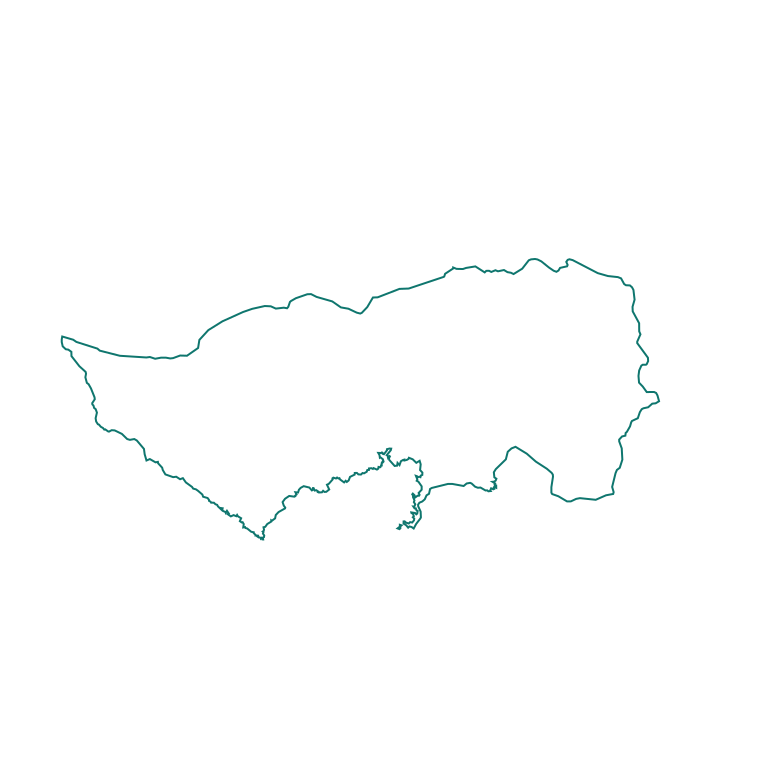 Luwu Timur, Sulawesi Selatan, Indonesia, rotated 326°
{"feature_id": "22746128B1110744719374", "entity_name": "Luwu Timur", "entity_type": "district", "adm_level": 2, "iso_a3": "IDN", "parent_name": "Indonesia", "parent_adm1": "Sulawesi Selatan", "projection": "natural_earth1", "projection_center": [121.051, -2.532], "detail": "fine", "context": "isolated", "style": "outline", "palette": "teal", "viewbox_px": 768, "rotation_deg": 326, "n_neighbors": 0, "source": "geoboundaries", "source_scale": "gbopen_adm2", "svg_char_len": 6167}
<svg xmlns="http://www.w3.org/2000/svg" viewBox="0 0 768 768"><g transform="rotate(326 384 384)"><path d="M473.3,585.8L479.1,586.7L482.6,588.2L494.8,598.4L505.8,600.4L512.5,603.3L513.9,602.1L515.6,596.9L526.1,587.4L529.0,585.5L532.6,585.3L539.3,580.0L545.1,570.3L546.9,563.1L547.9,561.6L552.0,560.6L555.2,561.8L557.0,559.7L558.6,559.5L564.3,556.7L567.5,554.0L569.0,553.3L575.3,554.3L580.4,550.4L583.6,549.0L585.5,549.2L590.0,551.0L595.4,550.3L598.4,551.9L602.4,552.1L604.3,546.5L604.6,543.6L603.4,541.6L597.3,537.6L597.1,530.8L596.2,525.5L599.5,519.6L603.1,515.5L607.6,512.7L609.3,512.7L611.9,514.5L612.8,514.5L615.8,512.7L617.5,509.8L616.8,491.7L617.6,490.5L624.4,486.2L625.0,483.1L629.5,476.3L630.8,462.9L633.2,459.0L638.9,454.2L643.4,445.5L643.7,442.5L643.0,439.8L639.8,437.4L639.0,435.4L639.6,429.0L637.7,426.2L630.0,419.7L623.2,411.6L609.7,386.8L607.5,384.3L605.7,383.8L603.4,384.7L602.8,388.0L601.6,388.8L594.9,386.2L592.1,387.5L589.7,387.4L588.0,385.0L585.9,379.7L583.0,370.3L580.9,366.6L579.1,364.8L575.6,362.9L573.2,362.4L563.1,365.7L552.9,365.3L551.4,362.7L548.9,360.3L547.2,356.6L541.5,354.3L540.0,352.0L535.6,351.1L534.4,348.9L532.1,347.4L529.9,347.8L525.5,337.6L517.0,333.7L513.7,332.8L508.5,329.1L506.5,326.1L505.9,326.9L496.3,326.8L494.0,328.6L493.1,328.5L457.9,318.7L450.0,313.8L427.2,308.6L423.2,306.1L413.1,310.9L405.4,312.6L403.7,312.3L401.3,309.6L396.6,301.7L391.1,296.4L387.3,286.6L376.8,274.1L373.8,268.7L370.6,266.7L358.9,263.6L353.3,263.2L351.9,263.4L347.8,266.5L346.0,267.0L343.6,264.7L336.5,261.0L333.6,256.3L328.8,252.7L316.8,248.0L307.4,245.5L285.2,241.7L268.5,241.1L255.6,244.2L250.0,250.2L236.5,250.4L230.9,246.4L223.6,244.6L221.1,243.3L217.9,240.2L213.9,237.5L208.4,235.1L205.0,230.7L201.8,229.1L180.8,212.9L167.0,197.4L166.2,194.4L152.5,177.1L151.1,173.5L143.8,164.7L141.8,166.8L140.3,169.0L138.7,173.1L139.6,177.2L141.5,179.0L142.8,182.5L140.5,186.1L141.4,199.0L143.4,207.1L142.7,208.9L140.2,211.4L138.3,216.9L139.0,219.0L138.6,223.8L136.6,233.1L135.7,234.9L131.4,236.7L130.8,237.9L131.1,239.4L130.3,241.7L130.9,243.6L130.0,247.2L125.8,251.1L124.4,254.1L124.3,257.3L125.0,258.3L125.3,261.1L126.4,263.3L126.6,265.4L127.5,265.7L128.8,269.1L129.4,269.7L132.4,270.0L134.8,271.9L138.8,278.8L140.3,286.0L142.1,288.2L146.2,290.0L147.5,292.6L148.7,303.6L146.3,308.4L144.3,314.6L147.9,315.3L150.8,321.2L153.0,322.1L152.4,323.4L153.3,329.3L152.5,331.6L152.2,336.7L157.1,343.3L159.9,344.7L161.7,348.9L164.6,349.6L164.7,354.8L167.3,362.0L167.3,364.0L169.2,366.2L170.1,368.6L171.6,374.1L171.0,376.3L174.0,379.9L174.1,382.2L173.6,383.0L174.4,384.6L174.3,385.7L176.6,387.3L177.0,389.4L178.1,390.9L177.9,392.6L178.8,396.6L179.4,395.6L180.7,396.8L179.8,397.5L179.5,399.2L181.0,401.5L180.8,402.2L182.9,401.3L182.9,404.6L181.6,404.4L183.0,408.1L186.0,408.6L187.6,411.0L189.0,410.4L188.9,412.0L190.5,415.4L187.8,417.1L188.6,419.2L189.5,419.5L189.4,421.7L187.1,424.2L188.8,424.9L188.6,425.9L189.8,427.3L191.3,432.3L193.1,434.1L192.6,434.8L193.2,437.6L192.9,437.8L194.8,439.3L194.7,439.8L193.7,439.5L194.3,441.1L195.9,442.6L195.6,443.2L196.3,443.1L196.2,444.8L196.9,445.3L197.7,443.6L198.9,443.8L200.0,442.6L200.0,440.3L201.1,439.5L200.9,438.5L202.1,438.5L203.1,437.6L204.0,435.4L205.7,436.0L208.9,434.8L213.6,435.0L214.3,434.0L214.6,434.7L218.6,434.5L221.0,432.1L225.0,431.2L232.4,431.8L233.0,431.3L232.9,428.8L233.9,425.2L237.8,423.8L242.8,423.8L246.7,427.3L247.8,427.4L248.3,426.2L248.2,426.8L249.7,426.7L250.0,424.2L252.1,425.9L254.3,424.1L256.8,423.5L260.3,423.8L264.2,428.1L264.7,431.9L265.9,432.0L266.9,430.6L267.4,430.9L267.0,433.6L268.5,434.2L269.2,436.0L268.8,435.8L268.6,436.4L269.3,437.5L272.0,439.1L273.8,438.5L274.3,440.2L275.9,441.1L279.6,440.8L280.4,435.6L282.4,435.9L288.1,434.4L288.5,433.4L289.6,433.3L291.4,435.5L292.8,435.3L293.4,436.9L294.4,437.2L294.2,438.6L295.9,443.3L298.1,442.8L298.4,444.4L300.8,444.2L303.9,442.0L309.0,442.7L310.0,441.4L311.8,442.6L312.2,444.6L314.3,446.2L316.4,445.8L317.5,446.9L320.6,447.1L322.0,446.0L323.5,446.8L324.3,445.6L326.5,446.8L327.3,448.2L328.3,447.9L330.3,451.0L331.8,451.0L333.1,449.7L334.1,450.8L334.8,450.8L336.1,449.8L336.6,450.2L337.8,448.3L339.2,447.6L339.3,448.3L340.2,448.1L341.0,445.8L340.0,442.7L339.4,442.7L340.5,440.4L340.7,437.9L343.0,439.6L344.0,439.6L344.4,440.9L344.0,441.3L344.7,442.2L349.4,440.6L350.0,439.7L352.5,440.6L353.8,441.6L352.6,442.7L346.6,444.5L347.0,445.1L346.1,447.4L348.2,446.8L348.4,447.3L346.5,448.4L345.9,449.9L347.0,457.9L349.2,459.0L351.1,457.0L351.5,459.9L354.8,457.5L357.2,457.6L357.8,457.8L357.4,458.0L358.0,458.8L360.6,459.7L362.4,459.8L363.4,459.1L365.7,462.5L366.7,467.4L370.6,467.6L369.5,471.1L365.8,475.5L366.3,478.9L364.9,480.8L363.4,480.5L362.1,481.6L361.4,480.6L359.6,480.1L359.8,478.9L359.1,478.0L358.3,481.7L357.0,482.5L357.9,484.2L358.0,489.9L356.1,492.7L351.8,493.7L351.5,495.8L350.5,496.2L349.5,495.4L346.5,495.5L347.1,493.3L346.6,491.0L345.7,491.3L345.7,492.7L344.8,494.0L344.2,497.5L342.7,498.6L342.7,501.2L340.5,502.6L339.8,502.0L339.8,504.2L340.8,504.8L340.3,507.0L340.9,508.1L339.1,510.0L337.9,510.1L337.6,508.3L334.8,505.7L334.6,506.2L335.4,508.0L334.8,510.3L333.4,510.6L333.8,512.5L332.6,513.8L329.9,514.6L328.4,513.1L326.5,513.5L324.7,511.2L324.3,509.4L323.4,508.9L322.2,510.6L323.4,513.5L323.7,516.6L325.4,516.3L326.9,518.0L327.8,520.4L332.4,518.0L339.0,515.8L340.0,515.2L343.0,510.3L344.0,504.4L344.8,503.1L347.0,502.2L350.0,502.8L353.3,502.4L357.0,500.1L359.9,500.2L363.5,496.8L365.5,496.9L381.1,502.6L384.8,505.1L393.0,513.1L396.9,512.7L400.1,514.1L401.0,515.5L402.1,520.1L403.8,522.5L406.1,523.8L408.6,529.0L410.1,529.9L410.5,531.3L412.6,532.4L412.6,531.6L414.5,530.4L415.7,532.4L416.7,532.6L416.9,531.4L418.2,530.7L418.9,531.2L418.4,531.8L419.0,532.8L420.3,530.8L419.5,529.9L419.6,529.0L420.5,528.6L419.3,525.8L420.9,526.6L422.6,526.5L424.2,525.4L423.3,523.1L425.7,518.6L429.1,517.1L442.9,514.6L448.7,509.4L453.7,508.7L457.9,509.6L463.4,521.6L466.5,533.3L471.6,545.3L473.3,551.4L473.3,553.5L472.3,555.3L465.1,563.1L462.0,567.7L461.9,569.3L465.8,574.6L470.1,583.7L473.3,585.8ZM319.5,511.0L318.4,509.6L317.4,511.1L314.5,511.3L315.7,513.0L317.0,512.7L317.7,511.2L319.5,511.0Z" fill="none" stroke="#0f766e" stroke-width="2"/></g></svg>